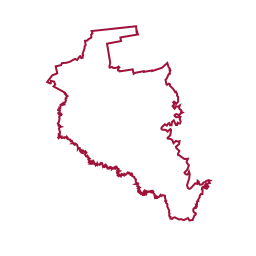 Las Choapas, Veracruz, Mexico, rotated 170°
{"feature_id": "50627088B49080058560483", "entity_name": "Las Choapas", "entity_type": "district", "adm_level": 2, "iso_a3": "MEX", "parent_name": "Mexico", "parent_adm1": "Veracruz", "projection": "natural_earth1", "projection_center": [-93.913, 17.563], "detail": "fine", "context": "isolated", "style": "outline", "palette": "rose", "viewbox_px": 256, "rotation_deg": 170, "n_neighbors": 0, "source": "geoboundaries", "source_scale": "gbopen_adm2", "svg_char_len": 5768}
<svg xmlns="http://www.w3.org/2000/svg" viewBox="0 0 256 256"><g transform="rotate(170 128 128)"><path d="M199.6,187.3L197.5,185.7L196.3,185.5L195.7,187.8L192.8,186.6L192.1,183.5L194.1,181.9L183.8,173.6L184.1,172.7L184.4,173.3L184.4,172.6L183.0,171.9L183.1,171.2L182.0,169.9L183.4,169.0L183.6,168.0L184.3,168.0L184.6,166.6L184.3,165.9L185.2,164.4L186.3,164.1L186.4,162.2L187.6,162.2L187.9,163.2L188.4,162.3L189.0,163.1L189.5,163.0L189.9,162.2L190.5,162.3L191.2,159.2L192.0,159.7L192.0,159.1L193.5,158.4L193.7,157.6L192.1,156.9L192.8,155.3L194.1,154.8L193.8,153.8L192.6,153.6L192.3,154.5L191.7,154.0L192.2,153.0L191.2,153.4L191.0,152.9L191.5,152.3L193.2,152.8L193.1,151.6L194.0,150.7L193.7,149.4L194.9,146.2L196.3,144.7L195.1,142.9L196.0,142.9L195.9,142.1L193.6,140.8L194.9,140.6L196.1,139.6L195.7,135.6L196.2,134.0L197.2,134.2L197.5,133.1L196.8,132.4L198.5,130.7L198.1,130.0L196.1,131.5L194.9,131.2L195.4,130.2L194.8,129.5L193.4,129.9L192.6,129.3L192.3,129.9L191.4,129.9L190.3,128.8L189.7,129.9L189.2,129.0L189.2,127.5L186.8,126.5L186.8,124.9L185.5,125.0L184.8,122.9L185.5,122.6L183.9,122.3L184.0,121.1L183.5,120.8L182.3,120.8L182.7,121.5L182.3,121.7L181.1,120.2L180.7,117.4L181.0,116.0L180.1,116.8L179.0,116.5L179.2,113.7L178.3,111.9L177.1,111.3L178.2,113.8L178.5,113.6L178.0,114.3L176.2,113.7L176.2,113.0L175.0,112.1L174.3,113.1L174.7,110.7L173.8,112.1L173.2,110.9L174.9,109.4L174.3,107.5L173.4,106.9L172.7,107.5L172.3,105.6L171.5,104.9L172.3,104.8L172.6,103.8L172.3,103.4L171.7,104.4L171.4,102.9L173.1,100.3L171.3,101.3L171.0,100.3L170.4,101.0L170.2,100.1L169.5,100.9L169.5,99.5L170.4,99.2L168.8,98.9L167.7,100.0L168.1,101.3L167.8,101.5L167.1,98.3L166.2,98.3L166.2,97.1L165.5,97.7L165.1,97.2L164.6,98.1L164.5,97.0L163.8,97.6L162.5,96.6L161.1,97.2L161.4,97.8L160.9,98.4L159.6,97.9L159.3,94.0L158.1,94.8L158.5,93.9L158.1,93.7L156.8,95.5L156.2,95.5L156.1,94.4L155.4,94.0L155.9,93.1L154.9,92.3L155.3,90.8L154.5,92.1L153.6,91.4L153.1,92.1L152.6,91.8L152.8,92.6L152.0,92.7L151.4,91.3L151.2,92.0L150.5,91.4L150.9,90.4L148.7,91.4L148.8,90.4L147.5,90.1L146.7,91.1L147.6,91.4L146.5,92.2L145.6,91.1L145.3,89.1L145.0,89.6L144.3,89.1L145.3,87.4L143.7,86.9L144.8,86.4L145.8,87.1L145.6,85.9L146.6,86.0L146.4,84.9L145.6,84.1L146.5,83.3L145.7,82.2L145.0,82.6L145.1,81.9L144.2,83.1L143.4,81.7L142.9,82.6L143.1,83.2L142.2,83.9L141.7,83.5L142.3,83.2L142.0,82.6L140.6,82.6L140.2,82.1L139.6,83.4L138.4,82.3L135.9,84.3L135.0,83.9L135.5,83.2L134.5,82.7L132.3,82.7L132.1,82.1L132.8,82.1L133.3,81.3L132.1,81.1L132.2,79.9L130.4,78.8L130.5,77.9L129.1,75.9L129.7,74.7L129.2,71.6L130.2,71.4L128.8,70.9L128.2,71.9L127.7,71.6L128.9,69.0L127.6,68.5L126.7,67.3L128.6,66.8L127.7,65.8L127.3,64.4L128.6,64.3L128.8,65.5L129.1,63.6L128.3,62.6L127.7,63.3L126.7,62.7L127.2,61.6L126.7,60.7L125.6,61.4L125.1,59.5L123.3,59.2L123.0,60.3L124.0,60.5L123.6,62.0L122.6,60.9L123.0,62.8L122.7,63.3L121.3,60.5L120.7,62.1L121.4,62.1L121.1,62.8L119.6,61.4L118.9,62.0L116.9,60.9L116.7,62.1L114.9,61.9L115.5,60.5L114.2,60.6L114.4,59.4L113.5,58.4L113.6,56.7L112.6,56.6L112.5,54.8L113.5,54.7L113.5,54.2L111.5,54.0L111.5,55.4L109.7,54.6L107.5,56.5L107.0,55.2L105.6,55.9L103.3,54.8L103.7,52.9L103.4,51.1L104.1,49.8L103.0,49.4L103.6,47.7L102.4,46.1L103.0,44.0L101.7,39.5L102.3,37.7L101.9,36.5L102.6,35.1L102.5,33.6L101.6,33.1L102.0,31.4L100.1,30.9L99.2,31.7L97.4,31.9L93.6,29.0L91.8,29.1L88.9,27.6L84.6,28.9L83.6,26.3L80.3,26.2L77.9,30.2L76.3,31.0L76.1,32.3L77.8,33.6L78.1,35.7L77.4,37.2L75.8,38.0L75.8,37.5L75.1,37.5L75.1,38.6L74.4,38.6L74.4,40.3L73.8,39.8L73.8,40.8L73.3,40.8L72.7,43.7L71.4,43.8L71.3,45.3L69.5,47.2L69.4,48.4L67.8,50.3L66.2,50.0L65.3,54.0L66.0,54.6L65.2,56.6L64.3,56.9L63.7,56.1L62.6,57.1L62.5,58.3L61.4,58.2L60.5,56.3L61.3,55.8L61.6,56.7L62.8,55.6L61.0,54.5L59.0,56.3L60.6,59.3L57.0,59.6L57.8,61.7L56.4,62.0L57.5,62.6L60.1,62.3L60.8,61.5L63.1,61.2L64.8,59.6L66.9,59.6L67.6,60.7L67.7,62.9L68.6,63.9L69.5,60.9L71.4,61.8L77.1,57.5L78.3,57.5L79.4,58.4L79.8,61.5L76.5,67.7L75.2,72.1L75.5,74.4L76.8,72.2L77.8,71.8L79.4,72.6L80.1,74.3L76.9,76.6L74.5,80.7L75.9,83.0L76.2,84.6L74.3,87.3L77.9,87.7L82.4,92.3L83.4,92.8L83.2,94.0L81.4,96.5L84.0,100.0L84.0,101.2L80.5,103.3L79.5,106.1L81.3,106.0L83.0,107.0L85.8,105.1L86.4,108.3L87.9,109.7L90.8,110.8L90.7,111.5L87.6,113.5L86.0,118.2L86.1,119.2L86.5,119.6L89.7,117.6L91.0,119.5L94.5,120.4L95.3,121.5L94.7,122.8L91.1,125.3L89.4,123.6L87.8,125.3L86.6,125.7L86.1,123.3L84.7,123.1L83.7,126.2L81.6,127.6L80.3,122.6L79.2,122.4L78.2,124.6L77.1,123.5L75.9,123.5L75.0,125.3L75.5,127.8L74.5,129.7L78.7,130.3L80.0,131.7L80.0,132.5L78.1,133.4L75.2,131.6L74.1,133.0L71.6,133.8L72.9,134.6L72.3,135.9L74.1,138.0L74.1,139.5L73.2,141.1L75.0,140.3L77.4,141.2L78.1,140.4L77.9,139.6L78.8,138.9L80.3,141.9L78.1,143.4L79.0,145.3L78.4,145.9L77.8,145.9L76.2,143.5L74.0,145.3L73.3,150.2L74.1,151.3L73.7,152.8L74.5,155.5L75.3,155.1L76.8,158.8L79.4,162.4L79.1,163.7L80.0,164.6L82.1,163.7L82.6,164.4L82.7,168.9L81.2,170.1L78.6,174.0L77.3,174.1L77.3,175.6L76.3,177.2L77.0,178.0L76.5,178.5L76.6,179.4L77.5,181.1L78.0,185.2L84.1,181.4L94.3,179.9L94.3,180.5L102.6,180.5L102.5,181.2L111.2,181.1L113.0,180.4L113.2,184.9L126.2,185.2L126.2,185.7L127.9,186.5L127.2,188.4L126.0,189.2L126.7,190.1L128.3,189.4L130.8,189.4L132.1,189.7L133.1,190.9L135.4,190.6L135.8,191.4L134.2,195.3L134.0,214.7L119.8,214.8L119.8,218.5L101.9,218.4L102.3,219.7L102.8,219.7L102.9,220.9L102.2,220.9L102.2,221.5L102.8,221.5L102.4,226.8L147.0,229.8L146.5,227.4L148.1,226.3L148.4,223.4L151.8,222.2L152.8,221.2L155.2,221.3L155.3,217.0L156.6,215.8L157.0,213.9L159.9,208.8L159.5,207.5L160.3,206.5L160.4,205.1L161.7,205.0L162.5,205.8L162.5,207.0L163.0,207.0L166.3,203.8L168.2,205.3L173.5,203.4L177.4,202.9L181.8,203.4L183.0,201.5L188.5,201.3L188.2,194.1L193.5,193.0L199.6,187.3Z" fill="none" stroke="#9f1239" stroke-width="2"/></g></svg>